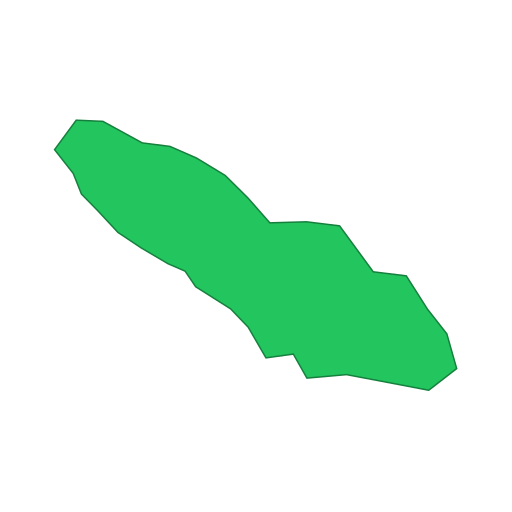 the district of Fterikoudi, Nicosia, Cyprus, rotated 97°
{"feature_id": "46923920B21342367895677", "entity_name": "Fterikoudi", "entity_type": "district", "adm_level": 2, "iso_a3": "CYP", "parent_name": "Cyprus", "parent_adm1": "Nicosia", "projection": "albers", "projection_center": [33.075, 34.965], "detail": "fine", "context": "isolated", "style": "filled", "palette": "green", "viewbox_px": 512, "rotation_deg": 97, "n_neighbors": 0, "source": "geoboundaries", "source_scale": "gbopen_adm2", "svg_char_len": 562}
<svg xmlns="http://www.w3.org/2000/svg" viewBox="0 0 512 512"><g transform="rotate(97 256 256)"><path d="M141.0,424.4L143.1,451.0L175.0,468.9L196.3,447.5L215.8,436.8L230.0,419.0L249.5,395.8L262.0,370.9L274.4,342.4L279.7,324.5L293.9,312.1L311.6,274.7L327.6,255.1L355.9,233.7L348.8,207.0L371.0,190.6L367.8,175.5L362.7,151.7L368.2,68.2L343.3,43.1L310.0,57.1L287.9,79.3L257.4,104.4L257.4,137.7L215.9,176.7L215.9,210.1L221.4,246.3L199.2,271.3L179.8,296.4L166.0,327.0L157.7,354.8L157.6,382.7L141.0,424.4Z" fill="#22c55e" stroke="#15803d" stroke-width="1.5"/></g></svg>